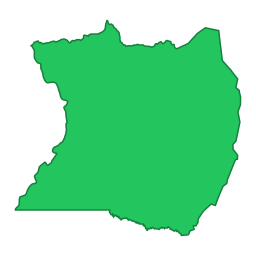 outline of Marechal Thaumaturgo, Acre, Brazil
{"feature_id": "56859067B20321817435664", "entity_name": "Marechal Thaumaturgo", "entity_type": "district", "adm_level": 2, "iso_a3": "BRA", "parent_name": "Brazil", "parent_adm1": "Acre", "projection": "equal_earth", "projection_center": [-72.677, -9.092], "detail": "fine", "context": "isolated", "style": "filled", "palette": "green", "viewbox_px": 256, "rotation_deg": 0, "n_neighbors": 0, "source": "geoboundaries", "source_scale": "gbopen_adm2", "svg_char_len": 5673}
<svg xmlns="http://www.w3.org/2000/svg" viewBox="0 0 256 256"><path d="M230.9,70.1L229.1,68.2L228.4,67.4L222.3,60.5L220.9,48.8L220.6,46.7L220.3,44.3L218.7,30.6L216.7,30.2L205.3,27.8L197.1,33.7L196.5,34.4L188.4,43.3L185.8,44.6L179.2,47.7L178.2,48.2L177.4,48.5L176.4,48.6L175.7,48.3L175.1,47.8L174.5,46.9L174.2,45.9L174.1,44.6L173.1,44.4L172.1,44.5L171.4,44.0L171.1,43.3L171.0,42.4L170.6,41.5L169.6,41.3L168.8,41.1L167.6,40.6L166.7,40.5L166.1,40.8L165.7,41.3L164.8,42.5L164.0,43.1L163.4,43.4L162.5,43.6L161.7,42.7L161.1,41.7L160.3,42.0L159.5,42.3L158.8,42.7L158.5,43.3L158.0,43.8L157.3,44.1L156.7,43.6L155.6,43.9L154.8,45.0L154.6,45.9L154.1,46.2L153.5,46.4L153.0,46.7L152.3,47.0L151.4,47.1L150.6,46.7L149.7,46.5L148.5,46.4L147.9,46.2L146.9,46.4L146.2,46.2L145.5,46.1L144.7,46.1L143.8,45.5L142.9,44.9L142.2,45.0L141.5,45.0L140.7,45.1L140.0,45.1L139.2,44.8L138.4,44.6L137.6,44.4L136.8,44.5L136.2,44.7L135.7,45.3L135.0,45.4L134.4,45.0L133.7,45.3L132.9,45.3L131.9,45.9L131.3,46.1L130.6,45.9L129.8,45.6L128.8,45.8L128.1,46.0L127.5,45.9L126.7,46.3L125.9,46.2L125.4,45.2L124.8,45.2L124.3,44.9L123.6,45.1L123.0,44.5L122.7,43.9L122.4,43.3L121.7,42.5L120.9,42.0L120.2,41.7L120.3,40.5L119.8,39.6L120.0,38.0L119.9,36.7L119.6,36.0L119.5,34.9L119.3,33.8L119.1,32.9L118.7,32.1L118.1,31.6L117.8,31.0L117.2,30.9L116.6,30.1L116.2,29.1L115.5,28.7L115.0,28.4L114.2,27.5L113.5,26.6L113.3,25.9L112.9,25.2L112.3,24.9L111.8,24.3L111.2,24.1L110.6,24.3L109.8,24.5L109.1,24.3L108.5,23.2L108.0,22.2L107.8,21.4L107.6,20.7L106.9,20.6L106.5,22.0L106.3,23.0L105.8,23.7L105.7,24.6L105.6,25.7L105.4,26.7L105.3,28.0L105.1,28.8L104.7,29.4L104.4,30.2L103.7,30.7L103.2,31.4L102.2,31.9L101.4,32.4L100.8,32.8L100.1,33.1L99.2,33.2L98.7,34.0L91.9,34.1L90.9,34.1L90.4,34.1L89.9,34.5L89.4,35.0L88.8,35.1L88.3,35.6L88.1,36.3L87.3,35.9L86.7,35.5L85.9,35.7L85.0,35.2L84.0,35.2L83.6,36.1L83.6,37.1L83.5,37.9L83.1,38.7L82.2,39.2L81.6,39.8L80.8,40.4L80.0,39.8L79.2,39.6L78.3,39.6L77.6,39.8L76.8,39.6L76.2,39.9L75.6,40.6L74.9,40.4L74.3,40.8L73.5,40.8L72.4,40.5L71.7,41.0L71.3,41.5L70.8,41.8L70.5,42.7L69.7,42.8L68.9,42.3L68.3,41.6L67.6,40.8L66.8,40.0L65.9,39.6L65.2,39.4L64.3,39.0L63.5,39.0L62.8,39.3L61.8,39.4L61.2,39.5L60.6,39.8L60.1,40.4L59.2,40.7L58.6,40.8L57.8,41.4L57.1,41.7L56.2,41.8L55.4,41.9L54.7,41.3L53.9,41.4L53.0,41.2L52.3,41.4L51.3,41.9L50.5,42.0L49.6,42.5L48.7,42.8L47.7,43.0L47.0,42.8L46.1,43.2L45.5,43.2L44.6,43.3L44.1,43.8L42.8,43.6L42.0,43.4L41.4,42.8L40.5,42.5L39.9,42.8L39.1,42.7L38.6,41.5L38.0,41.0L37.0,41.2L36.2,41.8L35.5,42.0L34.8,42.1L34.2,42.3L33.8,43.3L33.1,44.2L32.3,44.9L31.7,45.3L31.1,45.7L32.2,46.7L32.8,47.7L34.0,49.8L34.4,51.1L34.3,57.2L34.8,58.8L36.6,61.6L37.7,62.8L40.3,63.7L40.8,64.2L40.9,68.8L42.1,71.1L42.6,73.1L43.4,77.2L44.9,80.6L46.5,82.4L47.6,82.8L48.9,82.6L51.1,82.3L53.9,82.1L55.8,83.2L56.7,84.1L57.0,85.1L58.0,87.2L58.6,89.8L59.7,92.7L60.5,96.3L61.2,98.0L62.1,99.2L63.3,99.8L66.2,100.4L67.7,101.5L67.2,103.7L65.5,106.0L64.6,106.4L63.9,107.2L64.2,108.6L65.5,111.0L65.9,113.4L66.1,116.5L66.8,120.6L66.9,121.4L67.1,122.2L66.0,123.9L66.1,126.8L66.3,128.1L66.4,130.7L66.0,132.0L65.9,133.5L64.6,137.5L62.5,142.2L61.1,142.5L59.4,144.2L58.3,145.5L55.4,146.7L54.0,147.5L53.1,148.6L52.6,149.8L52.6,151.4L53.6,152.6L56.7,153.5L56.6,154.3L55.4,155.7L55.0,156.7L54.3,157.4L52.0,160.6L51.5,162.4L50.7,163.2L48.1,165.0L47.1,165.2L45.5,162.5L45.0,162.2L44.0,162.7L43.2,163.6L40.6,165.6L39.2,167.2L38.2,171.5L37.6,172.7L35.1,175.1L34.5,176.1L34.6,177.1L35.8,180.2L36.5,181.1L36.3,182.7L35.3,183.3L32.9,183.8L31.3,184.6L29.2,187.0L27.6,189.9L25.9,194.4L24.5,195.3L20.1,196.9L19.4,198.5L19.2,203.6L18.9,205.2L17.9,206.5L15.6,208.7L15.4,210.0L108.9,210.0L109.8,210.1L109.8,211.0L109.4,211.8L109.7,212.6L110.4,213.3L110.8,214.5L111.5,214.7L112.3,215.1L112.8,214.2L113.2,215.0L113.1,215.9L113.7,215.6L113.7,216.7L114.2,216.2L115.1,215.7L115.9,215.3L116.6,216.2L117.3,216.8L118.0,216.3L118.8,216.7L118.7,217.7L119.3,217.6L120.1,218.8L121.0,218.9L120.9,219.7L121.5,219.8L122.0,218.6L122.7,218.8L123.3,218.6L124.2,218.1L125.0,218.1L125.6,218.3L126.1,218.2L126.7,218.0L127.1,218.5L127.7,219.1L128.2,220.0L128.7,220.2L129.4,219.5L130.1,219.8L131.0,220.1L131.6,220.7L132.4,221.2L133.2,220.9L133.8,221.1L134.3,221.7L135.1,222.0L136.1,221.9L136.2,223.0L137.3,223.0L138.1,222.5L138.5,223.6L139.2,223.2L139.6,223.9L140.5,224.1L141.2,224.0L142.1,224.0L142.9,224.4L143.3,225.3L143.7,224.6L144.0,225.6L144.8,225.7L144.9,226.6L145.5,227.3L145.7,228.4L146.4,228.9L146.6,229.9L147.5,230.2L147.8,229.5L148.1,228.5L148.9,228.7L149.9,228.9L150.4,228.0L151.0,227.7L151.7,228.4L152.2,227.6L153.1,227.4L153.7,228.2L154.3,228.7L154.8,229.0L155.6,228.5L156.5,228.8L157.1,229.0L157.7,229.0L158.3,229.0L159.1,229.5L159.8,228.8L160.3,228.0L160.9,227.8L161.5,228.0L162.0,227.3L162.8,228.1L163.6,227.8L164.5,227.9L164.7,228.5L165.3,227.7L166.0,227.7L166.9,228.1L167.4,227.9L167.7,227.3L168.4,226.7L169.1,227.6L170.1,228.4L170.4,229.4L171.2,229.2L171.9,229.6L172.3,230.3L173.2,230.5L174.3,231.2L175.3,230.7L175.9,229.9L176.6,230.6L176.8,231.5L177.4,231.4L178.1,231.2L178.6,231.9L179.0,232.8L180.0,233.3L180.5,233.8L181.1,234.1L181.3,235.4L188.1,234.8L188.9,233.9L190.0,230.9L194.1,229.4L193.3,225.9L196.0,225.8L197.2,223.7L198.1,222.2L197.9,220.5L198.6,218.3L202.1,213.0L203.7,210.8L204.3,210.3L208.0,206.9L209.4,205.7L211.1,204.1L215.4,205.4L217.6,199.2L219.9,193.5L221.7,189.5L223.1,186.2L226.8,183.4L227.4,179.7L230.4,172.2L234.4,162.3L235.4,159.9L236.2,159.4L237.4,159.2L237.6,155.3L236.1,153.2L233.1,149.4L232.9,144.4L236.0,141.0L238.1,130.9L239.9,122.2L239.4,119.5L237.9,111.9L240.4,105.0L240.6,97.0L239.5,92.7L239.2,90.4L235.8,87.6L237.7,79.0L231.2,70.7L230.9,70.1Z" fill="#22c55e" stroke="#15803d" stroke-width="1.5"/></svg>